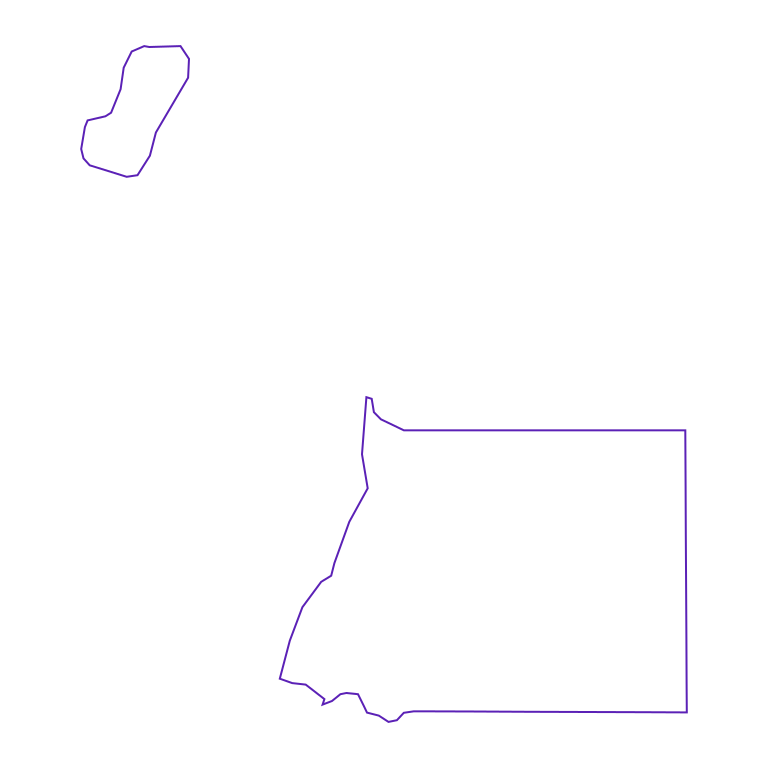 map outline of Equatorial Guinea (Natural Earth projection)
{"feature_id": "GNQ", "entity_name": "Equatorial Guinea", "entity_type": "country or territory", "adm_level": 0, "iso_a3": "GNQ", "parent_name": "Africa", "parent_adm1": "", "projection": "natural_earth1", "projection_center": [9.725, 2.359], "detail": "fine", "context": "isolated", "style": "outline", "palette": "violet", "viewbox_px": 768, "rotation_deg": 0, "n_neighbors": 0, "source": "natural_earth", "source_scale": "50m", "svg_char_len": 918}
<svg xmlns="http://www.w3.org/2000/svg" viewBox="0 0 768 768"><path d="M685.3,430.3L685.6,486.3L685.8,533.5L686.1,584.7L686.4,638.0L686.6,683.1L686.8,712.4L644.0,712.2L587.3,712.0L530.6,711.8L473.8,711.5L445.3,711.4L413.9,711.3L403.8,712.8L396.9,720.2L388.5,721.9L378.8,715.6L367.0,712.6L363.9,706.1L358.0,694.2L346.3,693.0L340.4,694.2L332.0,701.0L322.6,704.6L324.4,699.1L305.7,684.6L292.2,683.1L279.8,678.7L289.8,640.7L302.4,607.2L321.2,581.8L331.2,575.7L334.4,563.1L349.3,521.8L367.7,488.3L362.0,454.3L366.4,397.2L371.7,398.8L372.6,404.2L373.9,412.2L380.9,419.3L403.8,430.3L472.1,430.3L512.8,430.3L573.1,430.3L636.9,430.3L685.3,430.3ZM144.2,46.1L149.3,47.0L180.5,46.1L189.0,58.9L188.1,77.7L155.9,132.5L149.9,155.7L137.5,175.2L126.7,176.8L89.7,165.3L83.5,158.4L81.2,149.0L84.9,127.1L87.6,120.4L105.4,116.3L111.1,112.7L120.6,89.2L123.7,67.7L131.7,51.5L144.2,46.1Z" fill="none" stroke="#5b21b6" stroke-width="2"/></svg>